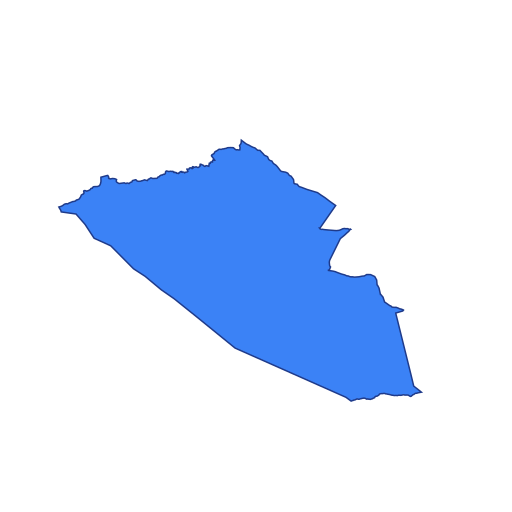 outline of Jaman South Municipal, Brong Ahafo, Ghana, rotated 290°
{"feature_id": "2480657B92052873943163", "entity_name": "Jaman South Municipal", "entity_type": "district", "adm_level": 2, "iso_a3": "GHA", "parent_name": "Ghana", "parent_adm1": "Brong Ahafo", "projection": "equal_earth", "projection_center": [-2.766, 7.621], "detail": "fine", "context": "isolated", "style": "filled", "palette": "blue", "viewbox_px": 512, "rotation_deg": 290, "n_neighbors": 0, "source": "geoboundaries", "source_scale": "gbopen_adm2", "svg_char_len": 6043}
<svg xmlns="http://www.w3.org/2000/svg" viewBox="0 0 512 512"><g transform="rotate(290 256 256)"><path d="M359.8,202.6L357.4,203.3L356.3,203.4L354.3,202.8L354.0,202.8L352.6,203.9L350.2,204.5L349.7,203.4L349.5,202.1L349.0,201.2L349.1,200.1L350.0,197.8L349.9,197.2L349.3,195.3L348.6,193.5L348.0,192.2L347.7,191.8L347.1,191.4L346.9,191.1L346.5,190.2L345.8,189.3L345.6,189.0L345.2,188.0L344.3,186.9L343.7,184.8L341.2,183.0L340.9,182.9L340.7,182.4L340.5,182.2L339.4,181.6L338.1,181.6L337.8,181.5L337.2,180.8L336.6,180.6L336.1,180.0L335.9,179.9L335.6,180.0L335.2,179.8L334.8,180.0L331.9,184.5L331.4,183.8L331.5,182.8L331.2,182.6L330.5,182.7L330.0,182.5L329.8,182.5L329.4,182.8L329.1,181.9L328.7,181.3L328.4,181.1L328.1,181.1L327.9,181.3L327.5,181.4L327.3,181.3L327.1,180.4L324.2,180.9L324.3,180.4L324.1,180.2L324.0,178.7L323.8,178.1L322.8,177.5L322.6,177.0L322.7,176.4L323.2,175.8L323.2,175.6L323.2,174.4L323.4,173.6L323.3,172.6L323.2,172.2L322.9,172.2L322.9,172.4L322.7,172.6L322.3,172.3L322.1,172.3L321.9,172.4L321.8,172.7L321.7,172.8L321.2,172.6L319.6,171.7L319.4,171.4L319.2,170.7L319.4,169.4L319.3,169.1L318.6,168.2L318.4,167.9L318.3,167.6L318.4,166.6L318.3,166.0L318.0,165.8L317.7,165.8L317.0,166.7L316.3,166.2L316.2,165.9L316.6,164.9L316.6,164.7L316.5,164.4L315.9,163.4L315.7,163.4L315.3,163.5L314.9,163.4L314.7,163.1L314.3,162.3L314.0,162.1L314.0,161.8L314.1,161.6L314.1,161.4L313.9,161.4L313.4,162.0L312.6,162.8L312.3,163.1L311.9,163.0L311.3,162.4L310.6,161.1L309.8,160.6L309.7,160.3L310.0,160.0L310.1,159.8L310.1,159.5L309.9,158.7L309.4,158.2L309.3,157.5L309.4,157.3L309.5,157.3L309.9,157.5L310.0,157.4L309.9,157.0L309.7,156.8L309.4,156.1L308.9,156.0L308.3,155.5L307.9,155.6L307.6,155.0L307.0,154.9L306.9,154.0L306.6,153.3L306.6,153.0L307.0,152.8L307.1,152.6L306.9,151.9L307.0,150.8L306.9,150.6L306.5,150.6L306.4,150.3L306.6,149.8L306.9,149.5L307.1,149.2L307.1,148.9L306.9,148.4L306.7,148.1L306.6,147.8L306.5,146.9L305.9,145.8L305.6,145.3L305.5,144.9L305.5,144.2L305.2,142.6L304.0,142.2L303.6,142.3L302.9,142.6L302.6,142.6L301.5,142.1L301.1,141.0L300.1,140.3L299.9,140.0L299.8,139.5L299.4,139.0L298.2,138.1L297.4,137.9L297.0,137.3L296.7,136.9L295.5,136.6L295.1,136.3L293.6,132.7L293.5,132.3L293.5,130.6L293.2,130.2L291.9,129.4L291.4,128.6L289.7,128.1L289.4,125.1L288.8,124.5L287.8,123.3L287.5,122.7L287.1,122.3L286.7,121.8L286.2,120.6L285.9,119.7L285.8,118.7L286.0,118.3L286.5,117.3L286.5,116.8L284.6,114.1L283.8,114.1L283.0,113.9L282.7,113.5L282.3,112.8L281.1,112.2L280.7,112.0L280.6,111.7L280.7,111.0L280.6,110.3L280.2,109.5L279.7,109.1L279.6,108.8L279.6,108.4L279.7,107.2L277.4,102.8L277.3,102.0L277.8,99.8L278.2,99.3L279.1,98.9L280.1,98.9L280.3,98.2L280.3,96.8L279.8,94.7L278.6,92.7L278.5,91.2L278.9,90.7L279.5,90.8L280.4,90.0L281.0,89.1L280.6,88.4L277.0,83.3L273.1,84.8L272.3,84.9L271.1,85.1L269.9,85.1L268.9,84.9L268.1,84.5L267.5,83.8L267.1,83.3L265.8,80.1L265.3,79.4L264.1,79.0L263.7,79.0L263.3,78.1L263.0,77.9L262.7,77.7L261.8,77.6L260.5,76.5L259.0,74.7L259.1,73.7L259.0,73.1L258.8,72.4L258.5,72.0L257.9,71.9L256.5,72.8L255.6,72.7L255.2,72.6L255.0,72.2L253.5,71.0L253.3,71.0L251.7,71.0L249.3,70.4L248.7,70.1L248.3,69.5L247.9,69.2L247.2,68.1L246.9,67.9L246.0,67.6L244.9,66.1L244.5,65.2L241.8,62.2L240.6,61.2L240.2,59.7L239.1,58.2L237.3,57.1L236.1,56.0L234.6,54.0L234.1,54.6L233.9,54.7L232.2,56.9L230.8,57.9L233.9,72.5L227.2,84.6L217.3,97.8L215.9,116.0L202.1,145.3L199.0,158.7L191.8,178.7L187.9,193.5L179.0,219.7L162.3,267.9L154.0,388.8L152.2,395.0L153.1,396.0L153.3,396.5L154.0,397.1L154.6,398.2L156.1,399.6L156.3,400.1L156.4,401.2L156.7,402.0L157.8,403.3L158.1,404.0L158.6,404.5L158.8,405.1L159.4,406.0L159.6,407.1L159.5,408.0L159.3,408.8L159.4,409.1L159.8,409.5L159.8,410.4L160.0,410.6L160.1,410.9L160.3,412.3L160.5,412.7L161.2,413.5L161.6,414.1L161.8,414.4L162.3,414.6L163.4,415.9L164.4,416.0L164.7,416.2L165.0,416.4L165.3,416.9L165.7,417.7L167.3,419.0L168.3,419.2L168.6,419.4L169.0,419.9L169.8,421.4L169.9,421.9L170.6,423.1L170.9,424.2L170.8,425.2L171.1,426.1L171.2,427.2L171.5,428.7L171.7,431.5L172.0,432.2L172.0,432.7L172.2,433.8L172.9,435.3L173.1,436.5L173.7,437.2L174.1,438.0L174.6,439.7L174.8,440.1L175.9,441.8L176.2,442.6L176.2,443.5L176.7,444.6L177.3,446.4L177.2,447.3L176.9,448.5L176.9,449.3L177.4,449.9L177.8,450.0L178.3,450.4L179.2,450.8L179.9,451.7L180.8,452.2L181.5,452.8L181.9,453.6L182.0,454.1L182.5,454.5L184.6,458.0L187.7,448.7L198.1,441.8L249.7,407.1L250.2,406.8L254.5,412.7L255.6,413.1L255.8,412.4L255.8,412.0L255.7,411.2L255.8,410.3L255.6,409.8L255.5,408.7L255.7,408.0L255.7,406.2L255.7,405.1L255.3,404.3L254.6,402.0L254.5,401.3L255.0,400.4L255.2,399.2L255.1,398.8L256.6,393.3L256.7,392.6L260.8,389.4L262.7,386.1L262.8,386.0L262.7,385.9L267.9,382.6L270.0,380.3L270.2,379.7L274.7,377.6L277.3,374.6L277.7,370.0L276.4,366.3L275.0,365.2L274.3,364.6L273.3,362.5L271.7,359.9L269.8,355.7L269.5,354.0L268.9,352.4L268.7,351.3L268.8,349.6L268.4,347.9L268.6,346.0L268.3,342.5L268.3,338.2L268.4,335.8L268.1,333.3L267.9,332.4L267.1,328.4L267.9,329.5L268.2,329.7L271.2,329.8L271.9,328.7L272.3,328.4L272.9,328.1L273.9,327.6L275.0,327.1L276.1,326.8L277.4,326.7L301.2,329.3L306.1,332.2L309.3,333.8L310.8,334.7L312.9,335.3L313.4,335.9L313.6,335.4L313.1,335.0L312.9,334.3L313.1,333.0L312.9,332.3L312.4,331.2L312.1,329.6L311.2,328.1L309.8,326.8L308.6,325.4L307.4,323.0L307.0,321.7L305.1,314.8L304.1,310.9L303.8,309.2L303.4,308.5L303.3,307.8L303.4,306.9L304.0,306.0L304.3,306.6L330.7,313.6L332.6,306.6L334.4,300.9L335.6,295.8L336.6,292.2L336.0,281.2L336.1,275.6L336.0,272.8L336.9,271.1L337.5,270.4L337.1,267.4L337.5,266.7L340.4,265.3L340.9,264.8L343.0,261.7L343.1,260.0L343.2,259.7L344.7,257.5L344.8,256.4L344.9,255.3L344.6,253.5L344.3,251.7L344.2,251.1L344.4,250.0L347.3,245.4L348.1,243.8L348.3,243.2L348.6,241.8L348.9,240.8L349.3,240.1L350.6,238.5L350.6,236.1L350.9,235.5L351.1,234.9L353.2,232.9L353.4,231.5L353.5,229.9L353.6,229.3L353.9,228.8L354.3,228.2L356.6,223.5L355.9,221.4L357.2,218.0L357.1,216.4L357.3,214.0L357.7,211.7L357.9,209.1L358.0,208.4L359.8,202.6Z" fill="#3b82f6" stroke="#1e3a8a" stroke-width="1.5"/></g></svg>